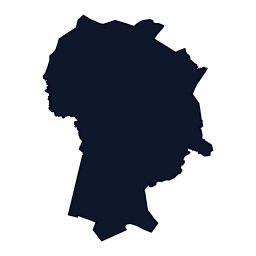 the district of Veselavas pag., Priekulu, Latvia
{"feature_id": "27541924B69418536197528", "entity_name": "Veselavas pag.", "entity_type": "district", "adm_level": 2, "iso_a3": "LVA", "parent_name": "Latvia", "parent_adm1": "Priekulu", "projection": "orthographic", "projection_center": [25.543, 57.263], "detail": "fine", "context": "isolated", "style": "filled", "palette": "ink", "viewbox_px": 256, "rotation_deg": 0, "n_neighbors": 0, "source": "geoboundaries", "source_scale": "gbopen_adm2", "svg_char_len": 5673}
<svg xmlns="http://www.w3.org/2000/svg" viewBox="0 0 256 256"><path d="M43.5,76.2L43.8,76.9L43.8,78.1L44.0,78.4L45.0,78.5L45.3,78.8L45.4,79.7L45.6,79.9L45.8,79.8L46.0,79.2L46.5,78.9L47.4,79.1L47.7,79.5L47.8,80.6L47.7,81.0L46.5,81.6L46.5,82.0L47.0,82.8L47.1,83.9L47.3,84.3L49.0,84.6L49.2,85.1L49.1,85.5L48.9,85.8L47.5,87.0L47.2,87.6L47.3,87.9L48.3,88.5L48.5,88.9L48.4,89.3L46.4,89.8L45.6,90.5L45.5,90.8L45.7,91.1L49.0,92.9L50.1,92.8L50.5,92.9L50.5,93.2L49.8,94.9L49.8,95.3L50.2,95.5L50.8,95.2L51.2,95.2L51.4,95.5L51.4,95.8L51.2,96.1L50.3,96.7L48.7,96.7L48.7,96.8L49.0,97.6L49.0,98.0L48.5,98.6L48.4,98.9L48.4,99.3L49.0,99.8L50.3,100.3L50.5,100.6L49.7,101.3L50.0,101.9L49.8,102.1L49.6,102.9L49.8,103.4L50.5,104.0L50.6,104.3L50.6,104.6L49.7,104.9L49.5,105.3L49.5,105.6L50.2,106.2L50.3,106.5L50.1,106.9L49.3,107.7L49.2,108.4L49.4,108.8L50.8,110.4L51.3,110.5L51.7,111.1L52.2,111.4L52.7,111.5L54.2,111.4L54.5,111.6L54.8,113.2L55.0,113.6L55.5,113.9L55.5,114.1L55.2,114.6L55.2,114.9L55.6,115.5L56.1,115.7L56.4,115.7L57.2,115.0L57.6,115.0L58.2,116.0L58.5,116.1L59.1,116.1L60.8,115.5L61.8,115.4L62.0,115.6L62.1,116.1L63.1,117.7L63.5,117.8L64.0,117.6L64.7,116.4L65.2,116.0L65.8,115.6L66.5,115.9L67.0,115.7L67.6,115.0L69.0,115.3L70.4,115.1L70.8,115.3L70.9,115.7L70.9,116.3L71.1,116.5L72.9,115.9L74.1,116.1L75.7,116.8L75.7,117.4L76.1,117.9L78.1,119.9L78.2,120.7L78.1,121.3L77.4,121.6L75.2,121.8L74.8,122.2L74.7,122.6L74.9,123.0L75.0,123.4L74.7,123.8L74.6,124.3L75.6,124.9L75.7,125.3L75.3,125.9L75.2,126.5L75.5,126.7L77.3,126.2L77.6,126.6L77.7,126.8L77.6,127.3L78.0,127.7L78.0,128.0L77.6,128.6L77.7,129.2L78.2,129.9L79.4,130.7L79.6,131.1L79.6,131.4L78.9,132.2L78.9,132.6L79.3,134.2L79.3,135.2L79.6,136.0L80.0,136.7L80.4,138.4L80.6,138.7L81.3,139.1L81.8,139.9L82.2,140.2L82.8,140.3L82.9,140.6L82.5,141.5L82.6,142.0L82.5,142.3L82.1,142.9L82.0,143.4L81.4,144.1L81.3,145.4L80.3,146.8L80.2,148.3L79.1,148.5L79.6,148.6L79.9,148.9L79.8,149.4L80.9,150.0L81.6,151.0L82.9,151.2L82.9,151.7L83.4,151.9L83.7,152.5L83.7,152.8L83.3,153.3L83.4,154.1L84.2,155.7L84.6,156.3L82.8,155.8L69.4,211.6L68.6,214.7L77.2,216.8L77.8,215.1L93.7,220.9L97.3,222.5L95.9,223.3L93.4,229.7L101.7,240.6L126.0,229.7L125.4,228.7L124.5,226.7L126.4,223.8L130.6,223.3L134.5,224.5L138.2,225.9L143.7,228.9L151.3,231.9L157.5,223.1L152.7,217.7L151.9,216.3L147.4,210.6L146.7,206.9L146.1,202.1L145.2,197.6L145.1,195.7L144.8,193.9L143.8,189.7L148.9,183.7L149.4,184.3L149.6,186.0L150.0,186.4L151.7,186.6L152.7,186.2L153.1,185.5L155.5,184.6L156.0,181.9L158.1,181.0L161.9,181.2L165.9,179.6L169.7,179.8L171.9,178.3L172.6,178.2L174.2,177.5L175.8,175.7L176.8,174.8L177.0,174.8L177.1,174.6L177.1,174.4L177.3,174.2L178.5,173.6L179.8,173.4L180.3,172.9L180.7,172.4L180.5,172.0L180.9,171.6L181.0,171.1L181.4,170.8L181.3,170.7L181.5,170.3L181.2,170.0L181.3,169.8L181.2,169.8L181.2,169.7L180.9,169.1L180.1,168.2L180.2,167.3L180.7,166.5L180.7,165.6L181.2,164.9L181.9,164.6L182.6,164.7L184.1,162.5L184.1,161.0L182.7,160.7L182.8,159.5L183.2,158.9L183.1,158.0L183.7,157.1L184.6,156.2L185.6,155.0L188.1,154.0L189.6,152.7L189.3,152.0L187.7,151.2L187.1,150.3L187.3,150.1L187.2,149.5L186.9,149.7L186.6,149.5L186.8,149.2L186.7,149.0L187.1,147.9L187.3,147.8L187.4,147.3L187.6,147.2L187.8,147.6L188.8,147.2L188.9,147.7L188.9,147.9L189.0,147.9L189.0,148.1L189.7,148.2L189.9,148.5L190.3,148.3L190.3,148.5L191.3,148.6L191.3,149.0L192.2,149.5L192.5,149.5L192.7,149.9L193.0,149.8L193.2,149.6L193.4,149.8L193.8,149.6L194.3,149.8L194.5,150.1L194.8,150.0L194.9,149.7L195.1,149.8L195.3,149.7L196.0,149.9L196.0,150.2L196.2,150.3L196.0,150.6L196.3,151.0L197.1,150.8L197.9,150.8L198.5,151.5L198.5,152.7L198.7,152.9L198.7,153.1L199.4,153.2L200.3,152.9L204.5,155.8L209.7,155.2L209.9,153.7L210.0,152.0L210.5,151.4L212.3,150.4L212.5,149.9L212.2,149.0L211.8,148.5L211.8,146.9L210.9,144.6L210.7,144.5L210.4,144.7L209.2,144.2L209.3,143.9L208.3,143.2L207.8,143.2L206.8,142.1L206.0,142.0L205.1,141.4L204.8,140.6L204.1,139.8L202.6,139.5L201.8,138.7L201.3,138.0L201.4,137.6L201.8,136.6L201.7,135.7L201.9,134.8L201.4,133.3L201.2,132.9L201.2,132.4L201.3,132.0L201.2,131.2L200.7,130.6L200.7,129.5L200.1,128.9L199.9,128.4L199.8,127.7L200.7,126.7L201.1,127.0L201.3,126.8L201.5,126.3L201.7,126.6L202.5,125.9L202.5,125.5L202.3,125.1L202.3,124.6L202.3,124.4L201.5,124.5L201.4,124.3L201.8,123.8L201.9,123.6L201.8,122.9L201.9,120.8L201.2,121.0L200.0,112.4L198.7,103.7L192.0,94.0L194.0,89.2L196.6,84.0L206.0,70.2L206.8,68.5L206.6,68.4L206.4,68.7L206.3,69.2L206.2,69.3L205.9,69.1L205.9,68.9L205.0,68.6L204.8,68.2L204.8,67.7L204.5,67.6L204.5,67.8L204.6,68.0L203.8,68.8L203.5,68.9L203.0,68.5L203.0,68.0L203.3,68.0L203.1,67.7L202.5,68.2L202.1,68.9L201.7,69.3L201.3,69.2L200.7,68.5L199.9,69.6L199.1,68.9L198.8,68.9L198.1,70.0L197.8,70.0L197.6,69.8L197.7,69.6L197.2,69.8L197.1,70.3L196.8,70.5L196.3,69.6L196.3,68.9L197.4,66.9L196.2,66.3L196.2,66.1L196.7,65.1L196.6,64.9L196.2,64.9L195.4,65.5L195.2,65.3L195.3,65.2L195.7,64.6L195.1,64.5L194.9,64.0L194.1,63.6L192.9,62.3L192.3,61.9L191.3,60.9L190.0,60.1L189.8,59.7L189.9,59.4L189.6,58.3L189.6,57.7L189.5,57.1L189.1,56.3L188.4,55.3L187.0,54.4L186.4,53.6L185.2,51.3L185.2,50.5L185.1,49.7L184.7,48.8L177.6,51.5L177.4,51.8L175.2,52.7L175.1,52.3L163.5,45.0L163.4,45.1L153.7,38.9L156.9,34.1L162.7,27.3L163.4,25.9L163.3,25.7L158.4,23.7L155.8,23.8L153.0,23.0L152.9,22.2L152.4,20.8L149.8,19.7L142.7,20.9L140.5,21.8L137.6,23.6L134.1,26.7L126.7,24.2L115.0,20.6L112.2,21.7L103.1,24.6L99.1,23.7L95.1,21.7L92.2,20.6L89.3,19.2L83.4,15.4L80.6,18.2L78.2,20.5L76.6,27.8L66.9,34.0L59.4,39.0L57.8,44.6L57.2,46.4L56.4,49.2L53.5,53.0L50.0,56.0L50.1,60.5L49.8,61.1L48.4,66.0L47.6,68.3L47.1,69.4L45.9,73.1L43.5,76.2Z" fill="#0f172a" stroke="#020617" stroke-width="1.5"/></svg>